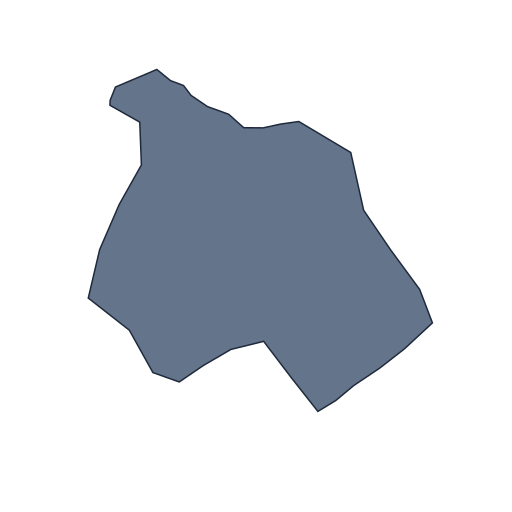 map outline of Daşkəsən (orthographic projection), rotated 109°
{"feature_id": "AZE-1677", "entity_name": "Daşkəsən", "entity_type": "District", "adm_level": 1, "iso_a3": "AZE", "parent_name": "Azerbaijan", "parent_adm1": "", "projection": "orthographic", "projection_center": [45.99, 40.464], "detail": "fine", "context": "isolated", "style": "filled", "palette": "slate", "viewbox_px": 512, "rotation_deg": 109, "n_neighbors": 0, "source": "natural_earth", "source_scale": "10m", "svg_char_len": 612}
<svg xmlns="http://www.w3.org/2000/svg" viewBox="0 0 512 512"><g transform="rotate(109 256 256)"><path d="M156.2,444.6L142.0,443.9L111.9,410.5L118.0,394.0L118.4,380.0L125.3,369.7L130.5,350.6L130.9,327.9L138.7,309.4L132.5,290.9L123.2,275.6L114.9,259.3L127.3,200.1L177.7,169.1L206.1,131.1L234.3,90.4L261.8,67.4L295.6,85.5L321.7,102.5L346.8,121.5L366.5,133.4L382.8,146.9L359.7,182.8L334.2,221.0L352.5,249.3L376.5,270.0L400.1,287.6L399.8,315.5L367.4,351.6L350.4,400.9L300.8,405.9L251.7,402.1L207.2,394.0L167.3,409.5L161.1,442.9L161.0,443.2L156.2,444.6Z" fill="#64748b" stroke="#1e293b" stroke-width="1.5"/></g></svg>